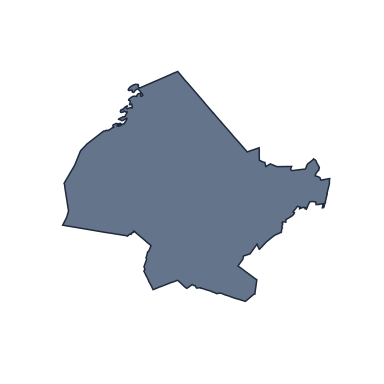 the district of Stradu pag., Gulbene, Latvia, rotated 157°
{"feature_id": "27541924B17410548026039", "entity_name": "Stradu pag.", "entity_type": "district", "adm_level": 2, "iso_a3": "LVA", "parent_name": "Latvia", "parent_adm1": "Gulbene", "projection": "equal_earth", "projection_center": [26.834, 57.111], "detail": "fine", "context": "isolated", "style": "filled", "palette": "slate", "viewbox_px": 384, "rotation_deg": 157, "n_neighbors": 0, "source": "geoboundaries", "source_scale": "gbopen_adm2", "svg_char_len": 5791}
<svg xmlns="http://www.w3.org/2000/svg" viewBox="0 0 384 384"><g transform="rotate(157 192 192)"><path d="M267.2,138.0L267.0,135.3L267.0,133.1L266.7,130.9L266.6,128.0L266.7,126.3L266.2,122.2L266.0,117.3L261.6,117.2L259.2,117.3L257.9,117.1L246.8,116.8L244.0,116.5L239.8,116.4L238.5,113.8L235.9,107.8L234.9,105.9L234.3,105.3L232.0,105.8L228.0,106.7L226.6,105.0L225.7,104.4L225.7,104.0L225.4,101.9L225.2,101.7L221.7,100.6L221.8,100.5L221.5,100.0L219.3,98.5L217.9,97.1L217.6,96.9L212.9,93.0L212.6,92.3L210.0,90.2L209.9,89.7L208.7,88.6L206.3,88.3L205.2,87.6L204.7,87.4L201.7,84.3L201.5,84.2L198.8,81.9L196.1,79.3L192.3,76.0L192.1,75.9L190.1,74.3L185.7,70.5L184.0,70.9L175.1,73.7L174.9,73.7L174.5,73.7L174.1,73.4L166.6,85.9L167.9,87.8L173.4,97.2L173.5,97.2L174.1,98.1L174.6,99.3L177.8,104.7L178.6,105.9L171.4,110.3L169.6,113.0L167.4,112.8L167.4,112.7L162.7,112.4L152.5,118.6L152.6,114.2L152.5,113.1L152.3,112.9L143.3,116.9L134.1,119.6L132.2,119.9L125.6,120.0L125.6,120.3L125.0,120.8L124.8,121.2L124.8,121.4L124.5,121.9L123.7,122.8L122.6,124.1L122.9,124.7L122.5,125.7L121.5,126.2L120.8,127.9L121.2,128.3L121.0,128.5L120.2,129.0L119.6,128.9L117.4,127.6L116.3,129.8L116.2,129.9L112.5,130.4L108.4,131.1L106.7,132.0L105.8,133.0L106.3,133.4L106.4,133.7L106.7,133.9L106.7,134.3L103.7,135.8L100.5,137.6L98.5,136.0L99.1,135.5L99.4,134.9L99.5,134.6L98.2,134.8L98.2,134.5L97.9,134.4L97.5,134.6L97.0,134.6L95.8,134.4L95.7,134.2L95.4,134.1L94.7,133.9L94.4,133.7L94.1,133.6L93.8,133.4L94.1,133.0L93.5,133.1L93.2,132.3L93.5,132.1L93.7,131.5L93.5,131.4L92.5,132.3L90.5,134.3L87.4,137.0L85.1,136.3L82.1,134.6L82.7,131.9L82.1,131.8L80.1,130.9L78.6,130.8L77.4,130.3L75.8,130.0L78.0,126.9L77.6,126.7L77.9,126.4L77.2,126.2L76.5,126.5L74.7,128.9L74.0,129.6L73.7,129.7L73.4,130.1L73.7,130.2L72.1,132.2L68.4,137.3L68.7,137.4L62.9,145.1L62.0,146.5L61.5,147.8L60.0,150.6L65.0,151.7L68.8,152.6L68.6,155.2L69.9,156.8L72.3,158.7L71.2,160.0L71.3,160.1L70.9,160.4L69.1,161.6L67.3,162.4L67.5,162.5L67.0,162.8L66.1,163.6L65.7,164.0L65.7,164.3L65.4,164.8L65.2,164.9L65.3,166.5L65.4,167.2L65.8,170.5L65.7,172.3L65.9,173.0L66.2,173.6L67.2,175.0L68.5,174.3L74.7,172.6L76.5,171.1L76.7,170.7L78.3,169.2L78.6,169.0L79.1,168.9L81.1,169.6L90.2,172.2L91.9,172.8L92.4,174.5L90.3,176.6L103.8,182.1L109.0,187.3L114.1,186.6L113.5,190.6L113.4,190.7L114.1,191.2L115.6,192.6L115.7,192.9L117.6,194.8L115.9,199.2L114.6,202.2L114.5,202.3L112.9,206.5L119.2,206.9L122.5,207.2L125.5,207.3L130.0,221.1L131.4,225.1L131.9,226.6L134.1,233.7L135.0,236.3L137.9,245.1L138.0,245.4L137.9,245.4L138.2,246.2L138.5,246.9L141.6,256.7L141.8,256.7L141.7,256.9L145.6,268.9L145.5,269.0L153.9,295.3L154.0,295.4L154.9,298.0L156.8,304.4L158.0,308.4L158.0,308.5L164.0,308.6L164.3,308.5L199.3,308.2L199.2,308.4L199.8,308.6L200.1,309.0L200.3,309.6L200.3,310.0L200.2,310.5L199.5,311.2L199.5,311.5L199.5,311.8L199.8,312.2L201.0,312.7L201.8,313.2L202.3,313.3L203.5,313.3L204.4,313.5L205.4,313.2L206.1,313.2L208.1,312.8L210.1,311.7L210.6,311.2L210.8,310.9L210.7,310.5L210.5,310.1L210.2,310.0L207.9,309.4L207.4,309.0L207.3,308.7L207.4,308.3L207.9,307.7L207.9,307.3L207.6,307.0L206.8,306.5L206.2,306.6L205.0,307.5L203.4,308.0L202.9,308.1L202.1,308.1L201.8,308.1L201.5,307.9L200.8,306.2L200.1,304.0L199.9,302.6L199.5,301.8L199.4,301.5L199.5,301.0L199.4,300.5L199.5,300.2L199.9,300.0L201.2,299.9L201.6,300.0L201.7,300.3L201.7,300.5L201.2,301.5L201.1,302.3L201.3,302.9L201.4,303.1L202.2,303.3L203.2,303.4L203.9,303.2L205.1,302.4L205.2,301.9L205.6,301.7L206.2,301.7L206.6,302.2L207.0,302.5L208.0,302.8L208.4,303.0L209.1,303.1L211.3,302.8L213.4,302.2L214.2,301.9L214.4,301.5L214.4,301.3L214.4,301.1L213.3,300.1L213.3,299.9L214.4,298.1L214.6,297.7L215.3,297.2L215.4,296.7L215.2,296.5L214.8,296.4L213.2,296.6L213.0,296.3L213.4,295.5L213.5,294.9L213.8,294.2L213.8,293.5L214.0,292.9L214.5,292.8L215.4,293.5L216.0,293.9L218.8,293.8L219.1,294.0L219.5,294.6L219.5,294.9L219.4,295.2L218.7,295.8L218.0,296.0L217.9,296.1L217.9,296.3L218.0,296.6L220.1,296.4L221.2,296.0L223.0,295.2L223.5,295.2L225.0,295.4L225.3,295.3L225.8,295.0L226.0,294.8L226.5,294.1L226.5,293.3L226.3,293.0L225.8,292.8L224.9,292.7L223.9,292.4L223.6,292.4L223.2,292.9L222.8,293.0L222.5,292.8L221.9,291.7L221.6,291.5L221.4,291.3L220.6,291.3L220.4,291.2L220.4,290.9L220.6,290.6L221.4,290.0L222.5,289.0L223.3,288.7L223.6,288.2L224.0,287.7L224.6,287.7L225.3,287.8L226.0,288.2L228.0,288.0L229.5,288.0L230.3,287.9L230.8,287.9L231.2,287.8L231.3,287.7L231.2,287.5L230.0,286.7L229.4,286.0L228.7,285.1L227.7,284.8L224.9,285.3L224.0,285.5L223.5,285.4L223.3,285.3L223.2,285.2L223.3,284.7L225.4,282.9L226.0,282.7L227.2,281.8L227.4,281.7L227.5,281.3L227.8,281.2L228.7,281.5L229.5,281.5L231.6,281.1L233.3,281.1L233.9,281.3L235.2,282.0L235.3,282.2L235.3,282.3L235.1,282.5L234.6,282.6L233.0,282.6L232.1,282.5L231.2,282.5L230.8,282.6L230.7,282.7L230.9,283.0L231.2,283.3L232.8,283.4L235.1,284.8L235.4,284.8L236.2,284.6L236.5,284.6L238.1,284.7L238.5,284.4L239.0,283.8L239.1,283.5L239.1,283.2L238.7,282.5L238.7,282.1L239.3,282.1L240.8,282.2L243.0,281.6L245.3,281.5L245.7,281.6L246.3,282.2L246.6,282.2L247.1,282.2L247.4,282.3L248.3,282.1L248.6,282.3L249.2,282.5L249.6,282.6L269.7,277.3L278.6,273.4L289.5,262.5L306.2,250.1L306.3,250.0L306.2,249.9L307.1,246.1L307.4,245.4L313.1,222.7L317.1,217.8L324.0,212.0L286.2,187.8L284.6,186.9L271.2,178.5L268.8,176.9L268.7,176.6L268.1,176.8L266.7,177.2L265.9,177.4L265.5,177.4L264.8,176.9L264.3,176.9L264.0,177.1L263.8,177.7L263.5,177.9L262.9,177.9L262.2,177.7L261.6,177.8L261.4,177.9L261.3,178.2L261.3,178.8L261.1,178.9L260.0,177.9L259.9,177.2L260.0,177.2L254.1,165.6L253.1,163.3L252.3,161.7L251.1,159.6L250.7,158.6L251.1,158.5L251.4,157.9L255.1,154.3L256.3,154.2L258.5,151.1L260.1,149.4L259.9,148.0L265.4,142.0L265.5,140.1L265.4,139.4L267.2,138.0Z" fill="#64748b" stroke="#1e293b" stroke-width="1.5"/></g></svg>